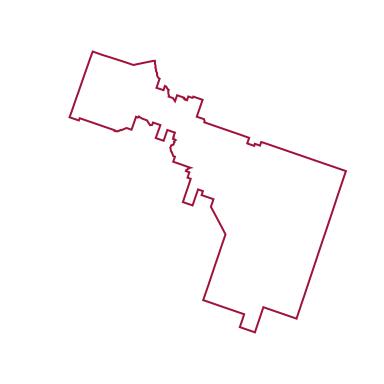 outline of Central Desert, Northern Territory, Australia, rotated 199°
{"feature_id": "25037944B81249572637263", "entity_name": "Central Desert", "entity_type": "district", "adm_level": 2, "iso_a3": "AUS", "parent_name": "Australia", "parent_adm1": "Northern Territory", "projection": "robinson", "projection_center": [134.79, -21.072], "detail": "fine", "context": "isolated", "style": "outline", "palette": "rose", "viewbox_px": 384, "rotation_deg": 199, "n_neighbors": 0, "source": "geoboundaries", "source_scale": "gbopen_adm2", "svg_char_len": 4874}
<svg xmlns="http://www.w3.org/2000/svg" viewBox="0 0 384 384"><g transform="rotate(199 192 192)"><path d="M332.1,222.8L322.3,222.8L322.2,225.2L311.5,225.2L307.5,225.2L301.7,225.2L292.0,225.2L285.3,225.2L285.3,224.6L284.9,224.6L284.7,224.6L284.4,224.6L284.1,224.6L283.9,224.6L283.5,224.8L283.3,224.9L283.2,225.0L282.9,225.1L282.6,224.9L281.6,225.5L281.2,225.9L281.1,226.0L280.8,226.3L280.7,226.3L280.5,226.6L280.1,227.0L279.9,227.2L279.8,227.3L279.6,227.5L279.2,227.4L279.0,227.5L278.9,227.5L278.4,227.9L278.2,228.1L278.0,228.3L277.9,228.4L277.8,228.5L277.7,228.6L277.4,228.8L276.9,229.3L276.6,229.6L275.9,230.2L275.5,230.5L275.3,230.7L275.1,230.9L274.7,231.2L269.5,231.2L269.4,234.5L269.4,244.9L267.5,244.7L266.9,246.1L265.8,245.7L262.9,245.2L259.6,245.1L257.9,245.1L253.5,241.5L251.5,242.5L251.5,243.5L251.5,245.0L246.8,245.0L243.7,245.0L243.7,241.8L243.7,240.5L243.7,240.4L243.8,238.0L243.8,231.2L242.9,231.2L235.5,231.2L235.5,241.8L235.5,242.6L233.4,242.6L227.5,242.6L227.5,242.1L227.7,241.9L227.5,241.7L227.5,241.3L227.5,241.1L227.5,240.8L227.5,240.5L227.5,240.3L227.5,240.0L227.5,239.7L227.5,239.1L227.5,238.0L227.2,238.0L227.2,236.0L226.7,236.0L224.7,236.0L224.5,235.9L224.8,235.7L225.0,235.1L225.0,234.8L225.2,234.2L225.4,233.8L225.4,233.5L225.2,233.4L224.8,233.3L225.1,232.0L225.0,231.7L224.9,230.8L225.6,230.3L226.0,229.8L226.7,229.6L227.0,226.9L224.8,223.4L224.3,223.3L221.3,219.8L219.6,219.8L219.6,214.5L217.0,214.5L214.7,214.5L214.4,214.5L211.4,214.5L201.6,214.4L202.1,214.1L202.8,213.1L203.2,213.0L203.3,212.8L203.5,212.2L204.0,211.5L204.5,210.9L204.6,209.8L202.4,209.8L201.4,209.8L201.2,209.8L200.9,209.8L200.9,204.1L198.9,204.1L197.5,204.0L197.4,197.2L197.4,189.2L197.4,186.6L197.3,179.5L196.8,179.5L187.1,179.5L187.1,185.6L187.1,190.1L187.1,196.4L182.0,196.4L181.9,192.2L179.2,192.2L169.4,192.2L169.3,189.6L169.3,184.1L161.9,177.3L154.5,170.4L151.5,167.6L146.5,162.8L146.5,153.5L146.5,151.8L146.4,141.2L146.4,130.7L146.3,120.9L146.3,120.1L146.2,109.5L146.2,98.9L146.2,93.4L136.5,93.4L134.4,93.4L118.9,93.4L107.6,93.4L103.5,93.4L103.3,93.4L102.9,93.4L102.8,88.2L102.8,79.8L96.4,79.8L93.2,79.8L86.8,79.8L86.9,88.6L86.9,90.4L86.9,92.6L87.0,103.2L87.0,106.3L65.6,106.3L61.6,106.3L59.0,106.3L58.9,106.3L51.9,106.3L52.0,111.3L52.0,118.3L52.1,121.5L52.1,125.4L52.1,126.3L52.1,130.0L52.7,189.4L52.7,197.7L52.9,220.5L53.1,234.2L53.3,261.9L66.8,261.9L84.8,261.9L94.0,261.9L103.0,261.9L105.6,261.9L115.5,261.9L120.0,261.9L124.9,261.9L129.9,261.9L132.9,261.9L137.3,261.9L142.8,261.8L142.8,258.0L143.2,258.0L148.3,258.0L148.2,255.9L155.6,255.9L155.6,261.8L165.5,261.9L167.7,261.9L168.3,261.9L171.6,261.9L176.4,261.9L178.3,261.9L187.6,261.9L193.1,261.9L196.0,261.9L199.9,261.9L201.1,261.9L203.0,261.9L203.0,262.9L204.4,264.8L212.0,264.7L212.0,270.1L212.0,270.6L212.0,272.6L212.0,282.6L218.1,282.6L219.1,282.6L221.8,282.6L221.8,282.1L221.8,281.7L222.4,281.1L226.6,281.1L226.6,279.9L226.6,277.1L228.7,277.1L228.7,277.7L230.3,277.7L230.3,278.0L230.3,278.6L230.6,278.6L231.5,278.6L231.8,278.6L235.3,278.6L237.6,278.6L237.6,272.3L240.6,274.6L243.0,274.6L245.1,274.6L245.1,274.9L245.2,275.3L245.3,275.6L245.4,275.9L245.4,276.1L246.0,276.7L246.1,276.9L246.3,277.2L246.4,277.4L246.5,277.7L246.6,278.0L246.8,278.4L246.9,278.7L247.1,278.9L247.2,279.1L247.3,279.4L247.3,281.0L247.9,281.0L248.0,281.1L248.6,281.5L248.8,281.7L249.0,281.8L249.3,281.9L249.5,282.1L249.6,282.3L250.2,282.8L250.7,283.3L250.9,283.3L252.2,283.4L252.1,279.0L255.5,279.0L256.1,279.0L259.5,278.9L259.5,288.4L259.5,288.5L259.8,288.5L260.0,288.6L260.4,288.8L260.6,288.9L260.8,289.0L261.2,289.2L261.4,289.3L261.5,289.4L261.8,289.6L262.1,289.8L262.3,290.1L262.4,290.3L262.5,290.5L262.8,290.7L263.0,291.0L263.2,291.4L263.2,291.5L263.3,291.8L263.4,292.0L263.5,292.1L263.6,292.3L263.6,292.5L263.7,292.9L263.8,293.1L264.0,293.4L264.2,293.5L264.3,293.6L264.6,293.8L264.7,294.0L264.9,294.3L265.0,294.4L265.2,294.5L265.3,294.6L265.5,294.7L265.5,294.9L265.6,295.1L265.6,295.5L265.7,295.8L265.8,296.1L266.0,296.3L266.4,296.6L266.5,296.7L266.6,296.9L266.7,297.3L266.8,297.4L267.1,297.6L267.1,297.9L267.1,298.1L267.1,298.3L267.2,298.5L267.3,298.6L267.3,298.8L267.5,299.2L267.6,299.3L267.7,299.7L267.8,299.8L267.9,300.1L268.0,300.2L268.1,300.3L268.3,300.6L268.5,300.8L268.7,301.2L268.8,301.4L268.9,301.7L269.1,302.2L269.2,302.4L269.3,302.7L269.5,303.2L269.6,303.4L269.6,303.5L269.7,303.8L269.8,304.0L271.4,303.3L280.1,298.2L288.8,293.0L296.0,293.0L302.1,292.9L312.0,292.7L321.9,292.4L331.6,292.5L331.8,284.9L331.8,279.9L331.9,267.1L331.9,265.0L331.9,263.4L331.9,262.4L331.9,261.9L331.9,261.1L331.9,259.2L331.9,258.7L331.9,256.6L331.9,255.1L331.9,254.3L331.9,254.0L331.9,253.5L331.9,253.0L331.9,252.8L331.9,252.5L331.9,251.9L331.9,247.3L332.0,246.2L332.0,241.5L332.0,239.4L332.0,238.9L332.0,238.2L332.0,237.4L332.0,236.8L332.0,235.7L332.0,228.0L332.1,223.3L332.1,222.8Z" fill="none" stroke="#9f1239" stroke-width="2"/></g></svg>